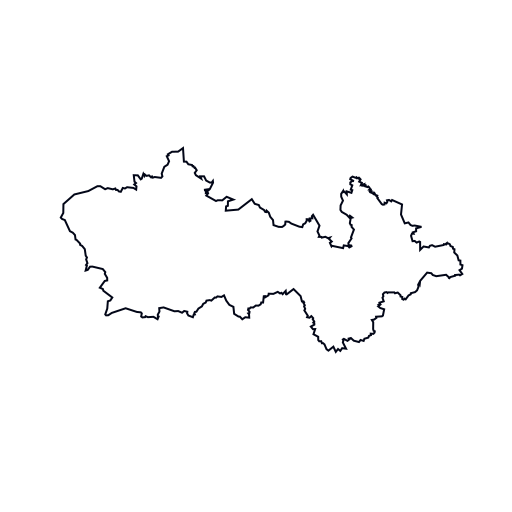 Tecalitlán, Jalisco, Mexico, rotated 112°
{"feature_id": "50627088B3552577196850", "entity_name": "Tecalitlán", "entity_type": "district", "adm_level": 2, "iso_a3": "MEX", "parent_name": "Mexico", "parent_adm1": "Jalisco", "projection": "robinson", "projection_center": [-103.217, 19.24], "detail": "fine", "context": "isolated", "style": "outline", "palette": "ink", "viewbox_px": 512, "rotation_deg": 112, "n_neighbors": 0, "source": "geoboundaries", "source_scale": "gbopen_adm2", "svg_char_len": 6119}
<svg xmlns="http://www.w3.org/2000/svg" viewBox="0 0 512 512"><g transform="rotate(112 256 256)"><path d="M297.2,128.3L294.7,127.6L294.4,124.4L292.1,124.5L289.6,121.3L287.7,121.3L286.3,119.8L285.0,120.5L284.2,118.0L282.6,117.4L281.3,117.7L281.3,118.9L279.9,120.0L273.5,122.5L271.9,124.6L270.7,122.7L268.3,121.2L267.3,121.9L264.8,116.7L263.7,116.0L257.4,117.2L257.7,121.3L256.9,123.9L254.8,122.7L254.9,123.9L253.7,123.2L253.0,124.0L250.2,120.6L247.3,123.1L245.7,122.8L243.9,124.0L241.7,123.2L240.6,121.4L241.0,120.2L240.2,119.8L237.9,114.1L238.5,113.2L236.8,110.9L238.2,107.4L239.4,106.8L239.2,105.0L241.1,104.3L241.2,102.8L239.9,102.3L240.1,101.0L235.4,99.8L233.6,98.2L232.5,98.5L229.9,95.0L227.5,93.8L223.6,93.8L221.9,94.9L220.0,94.7L220.9,93.6L217.6,94.5L207.3,91.1L206.3,87.0L207.4,85.0L207.2,81.3L202.2,72.7L203.7,68.8L204.9,68.7L202.7,67.9L199.7,64.0L199.1,64.3L197.2,60.7L197.5,59.6L195.4,58.0L192.9,62.0L190.6,60.3L187.2,61.1L187.3,63.3L183.7,64.8L184.1,66.5L180.1,69.5L178.5,73.5L175.4,74.5L175.4,76.1L173.9,76.9L173.9,79.4L172.5,80.7L172.3,82.3L173.0,83.4L172.4,83.8L173.6,84.5L173.9,83.3L174.6,86.2L175.5,86.1L180.3,93.4L180.0,96.8L181.4,98.6L183.3,98.9L184.4,104.2L188.8,106.1L181.5,109.1L181.4,110.1L183.4,112.1L182.6,114.5L183.6,116.4L179.2,119.8L176.8,119.8L176.3,118.2L175.2,119.3L173.1,116.8L170.4,117.9L167.0,113.5L168.3,120.3L169.4,122.2L169.4,124.3L167.8,127.2L170.0,130.3L163.2,137.1L153.5,139.9L153.1,150.8L154.7,151.1L154.2,153.7L155.3,155.4L156.4,154.5L158.3,154.8L158.4,156.7L160.1,156.2L160.9,157.5L160.8,158.8L156.9,165.1L156.2,165.0L155.4,166.7L154.6,166.4L154.6,169.7L153.5,169.4L153.1,170.2L154.1,170.9L154.1,174.1L153.6,174.7L152.7,173.6L152.7,174.3L151.5,174.4L151.9,175.7L151.0,175.3L149.9,176.8L149.5,178.0L150.3,178.4L150.5,180.7L149.3,180.8L149.2,182.0L150.3,182.0L150.8,183.3L149.1,183.0L150.9,185.3L148.5,185.3L148.4,188.2L145.9,187.8L145.8,189.8L145.1,189.2L144.8,189.9L146.1,191.7L145.4,192.4L146.2,193.1L146.2,196.2L148.2,197.5L149.5,197.4L149.9,193.3L150.4,194.9L152.5,196.1L154.2,195.4L154.4,193.2L159.0,193.0L158.9,191.4L161.7,191.2L162.1,196.1L164.8,194.9L163.2,198.2L164.0,199.0L163.0,199.6L166.5,200.3L169.1,199.2L172.1,196.1L177.4,196.5L181.6,195.0L183.0,193.0L183.8,187.4L185.3,184.1L183.5,184.0L184.3,181.1L185.3,182.4L190.4,181.3L191.6,180.0L191.5,178.9L193.2,178.3L194.8,175.1L203.2,174.9L203.9,174.0L209.4,175.2L211.2,174.3L210.6,171.6L211.2,171.1L213.1,172.7L212.3,174.2L213.3,178.6L216.1,178.2L218.1,189.4L218.8,189.6L216.1,192.4L214.2,191.2L212.8,194.8L211.3,194.4L212.5,195.9L212.2,198.9L214.3,201.9L213.8,202.4L214.7,204.9L213.3,204.8L210.2,208.2L204.1,208.5L196.4,218.5L198.2,219.1L200.0,217.9L201.0,220.1L202.9,218.7L203.9,219.4L202.4,221.4L202.9,222.8L204.3,222.2L207.2,222.6L209.0,224.1L211.9,223.9L212.6,226.9L212.7,235.4L212.0,238.3L212.7,240.9L213.1,241.6L215.9,240.7L217.9,241.7L219.3,242.7L220.5,245.9L220.8,251.3L216.3,253.7L214.3,257.5L211.0,260.4L210.0,263.1L211.4,262.8L211.7,263.9L210.3,265.9L209.6,270.5L207.7,272.5L208.1,276.7L204.9,281.2L219.6,289.8L225.3,301.0L221.2,302.3L220.0,300.9L215.8,302.5L212.2,298.2L212.1,305.4L217.0,308.1L218.6,312.3L220.0,313.7L218.6,324.7L215.8,323.9L215.3,324.5L216.4,326.1L215.5,326.4L213.7,325.2L214.3,327.9L213.7,328.2L211.2,323.9L204.1,323.3L202.6,324.1L204.5,324.6L205.2,326.4L204.7,330.5L201.6,334.0L203.0,337.5L204.8,335.8L203.6,342.0L201.9,343.9L198.7,343.1L196.9,345.6L197.3,346.0L196.1,347.7L196.6,348.4L195.6,349.4L196.3,353.1L194.6,355.8L195.5,358.2L183.3,364.1L188.4,367.3L190.8,372.9L194.7,375.8L195.5,374.8L196.9,376.1L200.7,372.1L204.5,372.2L207.6,374.4L214.9,374.3L217.3,372.6L219.1,373.3L220.7,379.5L222.0,381.0L221.2,382.2L222.4,382.7L221.3,385.4L222.7,387.5L222.3,389.1L223.3,389.3L222.1,390.1L222.6,390.5L222.0,391.2L227.1,390.9L228.1,391.6L225.5,395.8L226.9,399.6L232.6,396.5L233.3,394.6L235.3,395.7L236.2,392.9L239.3,392.0L238.8,395.1L240.5,401.3L242.5,402.8L242.8,405.0L247.1,405.4L247.5,407.3L246.6,409.1L247.2,410.6L246.1,411.7L247.8,413.7L248.6,418.9L250.6,420.9L249.6,426.5L250.7,429.2L258.6,435.8L267.0,447.5L280.0,454.0L288.3,450.8L293.5,451.4L294.3,449.8L294.3,446.7L302.7,437.8L303.0,434.6L304.4,431.7L308.3,429.5L308.3,428.4L310.4,423.7L311.5,423.3L311.8,420.9L313.8,417.3L319.5,414.0L320.7,412.2L322.8,412.2L325.8,409.6L328.0,410.2L328.3,409.2L333.3,408.5L331.9,406.8L328.1,405.9L327.1,403.7L325.5,393.2L327.4,389.7L329.2,389.5L332.0,385.8L334.4,384.8L335.8,386.9L343.9,388.9L344.0,385.6L345.4,384.5L348.3,373.7L351.8,374.4L353.5,376.4L360.5,374.2L366.6,373.9L367.2,372.8L366.3,370.8L362.8,368.4L353.3,357.3L352.5,345.5L351.4,341.7L352.0,340.4L355.1,339.8L355.5,338.3L354.2,335.9L353.2,335.8L353.2,333.3L350.8,328.3L351.5,323.6L348.8,323.6L349.0,324.2L347.2,325.1L343.7,324.7L340.6,326.2L338.3,322.4L337.8,310.9L336.2,307.5L336.3,303.3L333.9,302.0L333.4,298.8L335.0,298.4L336.5,296.4L336.4,291.6L333.8,291.8L333.1,290.8L332.2,291.8L330.7,291.7L330.0,290.4L326.3,289.7L323.0,287.3L320.1,287.0L318.0,285.2L315.9,285.2L314.2,282.3L314.1,280.7L309.9,278.7L309.6,277.5L307.9,276.6L306.9,272.7L304.5,270.9L308.5,266.9L311.3,262.4L311.6,257.9L317.8,254.6L318.7,249.6L318.3,248.2L319.8,245.0L316.8,243.0L315.7,239.2L312.7,240.6L312.1,241.7L311.3,240.8L310.1,241.1L309.0,243.2L307.5,243.4L307.3,242.3L305.7,241.7L304.8,239.3L302.0,237.6L301.1,235.1L299.1,233.6L297.1,233.7L296.5,232.0L290.4,233.7L289.8,232.6L290.7,231.9L287.8,229.7L286.2,230.1L284.6,225.7L281.1,222.4L281.7,219.7L280.6,218.6L281.4,217.0L277.2,215.4L280.2,213.8L280.1,213.2L272.6,208.8L276.5,199.6L280.9,196.4L280.3,194.9L280.9,194.1L281.6,194.6L283.4,192.3L284.6,192.6L286.6,190.6L288.3,190.8L292.0,185.6L293.6,185.7L293.2,183.3L291.0,182.2L292.2,179.7L293.3,179.8L294.9,177.5L296.3,177.9L296.4,176.8L297.8,176.2L300.9,178.7L302.5,175.8L301.6,173.8L307.0,173.4L307.6,168.1L310.6,166.8L311.4,165.4L310.6,163.6L312.2,162.2L311.7,161.2L312.3,159.4L316.0,155.7L316.6,153.4L311.1,150.3L315.0,146.1L311.5,145.1L312.4,142.3L309.2,141.6L308.2,137.8L303.6,143.1L301.6,143.3L300.9,144.2L299.9,143.5L300.4,139.4L298.1,138.1L297.7,138.9L296.5,137.3L297.9,133.6L297.2,128.3Z" fill="none" stroke="#020617" stroke-width="2"/></g></svg>